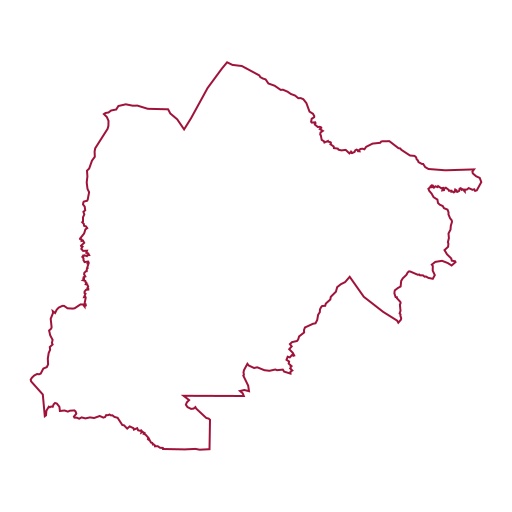 Mpohor, Western, Ghana
{"feature_id": "2480657B89256099008264", "entity_name": "Mpohor", "entity_type": "district", "adm_level": 2, "iso_a3": "GHA", "parent_name": "Ghana", "parent_adm1": "Western", "projection": "orthographic", "projection_center": [-1.858, 5.058], "detail": "fine", "context": "isolated", "style": "outline", "palette": "rose", "viewbox_px": 512, "rotation_deg": 0, "n_neighbors": 0, "source": "geoboundaries", "source_scale": "gbopen_adm2", "svg_char_len": 5929}
<svg xmlns="http://www.w3.org/2000/svg" viewBox="0 0 512 512"><path d="M475.1,190.9L476.8,190.3L481.3,182.1L479.7,177.9L476.0,176.2L472.8,173.4L472.4,171.6L474.0,169.4L445.4,170.3L428.5,169.0L425.2,167.1L423.2,164.0L421.8,163.9L418.5,162.1L417.8,160.3L416.7,159.4L416.1,157.3L414.5,155.9L410.0,155.5L401.3,149.8L400.3,148.5L398.5,148.2L389.4,141.2L382.3,141.3L381.1,141.6L380.2,142.8L372.6,143.6L366.2,146.8L364.4,149.3L362.4,148.7L360.4,149.0L359.1,150.2L359.5,151.3L358.0,151.2L357.6,150.1L356.6,149.6L355.3,150.3L354.5,152.0L352.3,153.0L351.3,151.9L351.1,152.8L350.3,152.4L349.4,153.4L345.7,149.9L341.4,150.4L338.5,149.7L337.8,148.6L333.9,148.1L333.7,146.5L330.4,144.2L331.0,143.0L330.5,142.2L328.0,141.6L327.9,141.0L324.4,142.5L323.9,141.2L321.7,139.9L320.8,135.2L320.2,134.6L320.5,132.5L322.8,130.9L319.9,129.1L321.3,127.8L321.0,127.3L319.8,126.8L317.8,127.0L314.8,124.5L314.7,123.9L315.5,123.1L315.2,122.3L311.8,122.6L311.1,121.8L311.7,118.7L314.1,117.3L314.3,116.2L313.0,113.8L309.5,111.6L306.4,103.1L303.3,99.2L300.7,98.1L298.3,98.2L295.0,95.5L290.9,94.0L287.6,91.7L282.9,89.7L280.7,89.9L274.6,85.7L268.4,83.5L265.6,79.4L262.8,78.5L260.3,77.1L259.3,75.4L241.8,66.0L232.4,64.9L227.1,62.3L221.8,68.7L207.6,88.0L191.0,118.3L184.1,129.4L177.2,119.3L170.3,113.5L168.1,109.3L147.8,108.8L137.4,105.6L132.7,105.7L125.8,104.3L118.4,106.0L116.2,109.5L111.1,110.5L108.5,112.5L105.5,113.0L103.9,114.1L106.9,117.1L108.5,120.9L108.4,125.9L107.6,128.8L95.2,148.3L94.6,151.5L94.8,156.8L92.0,160.6L89.2,168.5L87.0,170.7L87.4,176.5L86.7,182.4L87.5,188.9L89.1,192.2L87.7,199.7L87.0,200.8L84.0,201.5L83.4,202.2L83.0,204.4L84.7,206.6L85.2,210.3L83.4,211.8L84.3,214.4L83.0,217.3L83.0,221.5L82.2,222.2L83.8,223.9L84.1,225.8L86.0,226.4L87.2,228.1L85.4,229.4L84.1,233.5L80.2,238.4L81.0,239.0L80.6,239.4L81.9,240.0L81.7,240.9L83.0,240.6L84.2,242.8L81.0,245.7L81.3,246.4L82.5,246.7L81.3,248.9L83.1,250.9L87.0,250.7L86.3,252.8L88.2,253.4L89.1,255.1L87.2,255.3L86.9,256.1L84.4,255.3L83.6,256.2L83.1,255.7L82.3,256.9L83.5,258.4L83.5,260.2L84.6,262.1L88.1,261.5L88.6,262.4L87.7,263.5L88.5,263.7L87.2,267.7L87.6,268.1L86.8,269.0L86.7,271.2L85.8,271.3L84.3,272.9L84.1,274.3L85.3,276.5L83.6,277.2L83.4,278.3L84.0,278.5L84.0,279.4L82.9,280.2L85.3,280.9L85.6,282.3L86.3,282.6L86.0,283.6L86.7,284.0L86.2,284.4L87.3,284.7L88.2,286.7L87.4,288.0L88.3,288.7L88.3,289.6L86.0,289.8L84.6,291.5L84.5,293.0L85.5,293.7L84.1,297.1L85.4,296.9L85.7,297.7L84.5,303.9L85.6,304.2L85.8,305.5L84.6,306.0L84.6,306.6L83.0,304.5L80.5,304.4L74.6,308.3L72.8,308.6L67.5,308.3L64.1,305.9L62.3,305.9L58.7,307.6L56.7,309.7L55.1,313.0L52.8,311.2L53.1,312.8L50.7,318.8L51.6,327.2L51.2,328.6L49.1,330.5L50.2,335.3L52.6,339.9L51.9,342.9L52.6,344.5L49.8,347.0L50.1,349.8L48.7,352.9L47.8,358.7L48.1,364.4L46.8,367.1L43.3,368.6L40.7,373.6L39.0,374.3L37.1,374.0L34.2,375.5L31.9,377.7L30.7,379.7L31.1,381.4L42.8,394.5L44.8,416.2L46.0,415.3L46.4,410.7L48.8,406.7L49.8,407.3L51.1,406.5L52.7,406.8L53.6,404.4L55.0,403.0L56.9,403.6L59.4,406.8L59.9,411.0L64.5,410.5L67.9,411.6L69.9,410.7L74.4,410.4L75.6,411.5L76.3,413.7L73.9,416.6L74.5,417.7L76.8,417.7L79.2,418.7L81.6,417.4L85.4,418.4L90.0,417.4L94.1,418.0L99.7,416.0L103.4,417.6L105.1,417.0L106.2,415.1L108.0,415.2L109.5,414.5L110.9,415.4L112.4,415.3L114.4,416.9L117.6,417.8L122.3,425.0L124.0,425.3L127.2,428.6L129.7,426.4L133.5,428.2L133.9,429.6L137.2,428.2L138.1,430.3L140.2,430.8L141.1,430.3L141.8,431.1L141.4,432.6L142.7,431.9L144.5,433.0L143.8,433.9L145.5,434.6L148.3,437.7L147.9,439.1L148.3,439.5L148.9,438.7L150.9,442.5L152.3,442.9L152.9,444.5L153.6,444.3L155.0,445.5L155.0,446.3L157.7,446.2L160.1,447.8L162.8,447.9L163.0,449.0L184.8,449.4L195.5,448.9L199.6,449.7L209.5,449.2L210.0,419.8L208.7,418.6L206.3,418.0L196.2,408.6L195.4,407.1L193.6,408.6L191.1,408.9L187.5,407.1L185.9,404.8L186.8,402.4L189.1,400.1L183.6,395.8L243.8,396.0L242.7,393.3L240.0,391.0L244.3,390.0L249.0,391.2L248.2,385.7L243.3,375.6L243.9,374.8L243.5,372.3L244.0,370.1L247.4,363.8L248.7,365.5L254.1,368.0L257.2,367.3L264.4,370.2L269.5,370.8L275.3,369.5L277.0,370.2L282.8,369.6L284.1,371.6L290.5,373.6L290.5,371.7L292.3,370.5L290.2,368.5L290.8,367.8L290.6,366.4L291.4,366.0L288.7,363.6L289.1,361.5L286.5,359.8L287.7,356.7L289.8,357.4L292.1,354.9L293.3,355.8L294.2,355.5L292.8,352.8L289.2,349.2L291.7,346.4L289.9,344.1L292.1,342.1L297.0,341.0L298.2,339.4L299.1,336.4L304.1,332.5L304.0,330.1L304.9,327.5L312.9,323.8L315.5,323.3L317.2,320.0L318.1,314.8L319.8,312.2L320.0,309.3L321.2,307.0L322.2,306.0L325.2,305.8L325.8,303.6L330.3,299.5L330.8,296.8L335.9,291.7L337.2,287.1L340.9,284.2L345.1,282.1L349.7,276.8L363.8,296.8L383.2,311.9L397.1,320.6L398.3,322.7L400.9,319.7L401.2,318.1L400.4,315.9L400.5,314.4L399.6,313.4L400.5,310.8L399.9,304.7L400.6,303.0L400.4,302.0L396.9,298.2L396.9,297.3L395.6,297.1L394.4,293.4L394.6,291.2L394.9,290.3L397.9,288.0L400.6,286.5L401.2,280.9L402.8,278.3L406.4,274.9L407.6,272.6L408.9,271.4L410.2,271.5L417.9,274.8L419.2,274.5L420.0,275.3L422.9,275.3L424.6,276.7L425.9,276.5L428.4,277.9L432.8,278.8L434.8,275.1L432.7,270.6L432.8,266.0L431.8,264.6L435.3,261.9L442.0,260.8L447.7,263.0L451.6,265.5L455.5,262.1L455.0,261.2L451.8,260.7L451.2,258.4L447.0,254.3L444.5,250.1L448.1,246.8L448.4,243.7L447.9,242.2L448.9,238.1L448.5,233.5L450.5,229.6L450.8,225.8L452.0,221.8L451.7,220.3L450.1,218.3L448.5,214.5L448.5,212.2L447.5,209.6L444.0,208.2L442.7,206.0L439.8,204.7L438.0,203.0L437.4,199.6L433.6,197.2L431.6,193.6L429.2,190.8L428.4,188.8L430.1,187.3L431.6,187.2L430.7,186.2L431.7,185.3L432.8,185.5L434.0,187.6L435.4,186.3L437.5,187.1L438.1,186.1L441.2,188.2L442.9,187.9L442.3,190.4L444.0,190.1L444.5,188.4L445.8,187.7L448.6,189.8L449.0,190.8L451.3,190.7L451.4,191.7L452.2,191.4L453.8,192.4L454.5,191.9L455.2,189.5L456.6,190.4L456.6,191.7L457.4,191.9L459.2,190.9L459.6,188.7L460.7,188.2L461.7,189.8L462.7,189.2L464.8,191.5L464.8,189.6L466.8,189.6L468.7,188.1L472.5,189.8L474.2,189.3L475.1,190.9Z" fill="none" stroke="#9f1239" stroke-width="2"/></svg>